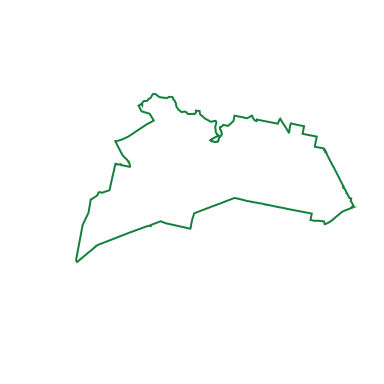 outline of Canning, Western Australia, Australia, rotated 56°
{"feature_id": "25037944B2496866637958", "entity_name": "Canning", "entity_type": "district", "adm_level": 2, "iso_a3": "AUS", "parent_name": "Australia", "parent_adm1": "Western Australia", "projection": "orthographic", "projection_center": [115.903, -32.049], "detail": "fine", "context": "isolated", "style": "outline", "palette": "green", "viewbox_px": 384, "rotation_deg": 56, "n_neighbors": 0, "source": "geoboundaries", "source_scale": "gbopen_adm2", "svg_char_len": 5772}
<svg xmlns="http://www.w3.org/2000/svg" viewBox="0 0 384 384"><g transform="rotate(56 192 192)"><path d="M215.9,57.6L215.6,57.8L205.6,67.8L200.1,62.3L196.8,65.6L193.8,68.5L193.5,68.7L190.4,71.7L190.9,72.4L191.7,73.3L192.8,74.4L195.5,76.9L196.8,78.0L197.0,78.3L197.7,78.6L194.1,78.4L193.9,78.3L192.6,78.3L184.2,78.1L182.1,78.0L180.6,77.8L180.6,78.2L180.8,78.7L181.0,79.0L183.3,82.7L168.9,97.1L168.5,97.5L168.2,97.7L169.3,98.9L167.7,99.9L166.9,100.1L166.3,100.1L165.6,100.1L162.1,99.7L161.9,102.9L161.8,103.8L161.8,104.3L161.8,104.7L161.5,105.2L161.1,105.7L160.9,105.9L160.1,106.7L158.7,107.8L155.0,111.6L152.5,114.1L155.8,117.4L156.4,118.0L157.4,125.1L153.8,128.6L154.2,129.6L154.3,130.6L154.3,131.1L154.3,131.3L154.0,131.9L154.0,132.3L153.9,132.6L154.3,132.7L154.9,133.0L155.4,133.5L155.6,133.6L155.8,133.6L156.0,133.6L156.5,133.6L157.2,133.8L157.4,133.7L157.9,133.8L158.6,134.0L159.1,134.2L159.5,134.3L159.6,134.5L159.8,134.6L160.3,134.6L160.6,134.9L160.9,135.0L161.1,135.4L161.3,135.6L161.4,136.1L161.5,136.8L161.7,137.0L161.9,137.3L162.0,138.2L162.2,138.7L162.3,139.4L162.4,139.6L162.5,139.7L163.7,140.9L163.9,141.3L164.0,141.4L164.3,141.4L164.6,141.8L164.5,142.2L164.5,142.5L164.7,142.8L164.5,143.1L164.1,143.6L163.9,143.8L163.8,144.2L163.6,144.4L163.6,144.7L163.5,145.1L163.1,145.5L162.7,145.7L162.5,145.8L162.3,145.8L162.2,146.0L161.4,146.5L160.9,146.7L160.7,146.9L160.7,147.1L160.9,147.4L159.3,148.0L159.2,147.7L159.2,145.9L159.4,145.3L159.4,144.9L159.4,143.5L159.9,140.7L159.9,140.3L160.1,138.7L159.9,138.2L159.5,138.2L158.1,139.1L157.6,139.1L157.1,138.7L156.9,138.7L155.8,138.9L155.1,138.6L154.8,138.3L154.4,138.0L152.2,137.0L151.7,136.6L151.0,136.3L150.1,135.4L148.9,133.7L148.6,133.5L148.0,133.1L147.6,132.9L147.2,132.7L146.8,132.6L146.4,132.6L146.0,132.9L145.8,133.3L145.6,133.9L145.3,134.5L145.0,135.9L144.8,136.2L144.0,137.3L142.9,137.9L142.6,138.0L142.2,138.1L140.1,139.3L139.1,139.7L138.4,140.2L137.8,140.3L137.2,140.5L134.6,141.0L133.0,141.8L132.8,141.8L132.0,141.7L131.3,141.5L130.1,141.0L129.6,140.7L129.3,140.5L129.1,140.4L129.0,140.5L128.4,141.4L128.2,141.6L127.7,142.0L126.8,143.1L126.7,143.3L126.8,143.4L128.1,144.1L128.5,144.7L128.8,145.6L128.7,146.4L128.5,146.6L127.9,147.0L127.8,147.7L127.6,148.3L127.1,148.6L127.0,148.9L126.8,149.1L125.5,151.2L125.2,151.6L124.9,151.8L122.9,152.0L122.6,152.3L122.4,152.5L122.0,152.7L121.7,152.6L121.4,152.8L121.1,153.3L120.7,154.2L120.1,155.5L119.9,155.8L119.5,156.1L119.1,156.3L117.9,156.5L117.0,157.0L116.7,157.1L116.2,157.2L115.2,157.1L113.2,157.2L112.0,157.0L111.5,156.8L111.2,156.7L110.3,156.1L109.6,155.8L108.4,155.7L107.4,155.4L106.7,155.3L106.2,155.3L104.8,155.7L104.4,155.6L103.8,155.2L103.3,155.1L102.7,155.1L102.4,155.2L101.8,155.7L101.5,156.2L100.7,157.1L100.6,157.5L100.2,158.4L100.2,159.8L99.9,160.6L99.7,161.0L99.4,161.3L98.6,161.8L98.0,162.9L97.6,163.3L96.8,164.0L96.3,164.6L95.6,165.5L94.9,166.0L94.2,166.3L91.3,167.2L90.7,167.4L90.0,167.9L89.5,168.4L89.3,168.8L89.2,169.2L89.1,169.6L89.2,170.2L89.4,170.8L89.6,171.3L89.9,171.8L90.4,172.6L90.6,173.1L90.8,173.7L90.7,174.1L90.7,174.8L90.7,176.0L90.8,176.5L91.0,176.9L91.2,177.5L91.2,178.3L91.0,178.9L90.8,179.4L90.1,180.3L89.8,181.0L89.8,181.4L89.9,182.5L90.1,183.0L90.4,183.4L90.8,183.8L91.2,184.1L92.2,184.6L92.4,184.8L91.9,184.8L91.7,184.8L91.1,185.0L90.7,184.9L90.6,185.8L90.6,188.0L96.9,188.7L103.4,183.4L111.3,183.7L111.2,185.8L111.2,186.7L111.0,188.0L110.7,190.1L110.6,191.6L110.5,201.2L110.5,211.3L110.4,213.9L110.3,214.8L109.8,218.0L109.4,220.1L108.6,223.2L107.8,225.5L107.3,226.8L107.0,226.8L106.9,227.1L111.8,227.8L120.3,228.8L122.4,228.9L123.6,228.9L124.5,228.7L125.7,228.5L128.4,227.9L129.2,227.8L130.1,227.8L130.9,227.8L131.6,227.9L131.6,227.5L132.9,227.8L133.7,228.0L134.5,228.3L136.0,229.1L136.4,229.4L136.2,229.7L130.5,235.2L130.4,235.6L130.0,235.7L129.8,235.8L129.4,235.7L129.0,235.6L128.3,237.3L127.9,237.9L127.6,238.3L127.1,238.8L126.9,238.6L125.8,239.7L126.1,240.0L130.9,245.1L139.4,254.2L144.1,259.0L144.3,260.0L143.1,263.9L142.4,266.8L141.7,267.5L140.7,268.4L140.5,268.6L140.3,269.0L140.1,269.6L141.8,272.3L141.9,273.3L141.8,280.1L141.7,280.2L151.3,289.4L152.4,291.2L158.0,300.8L158.4,301.4L158.8,301.7L159.1,302.0L183.0,325.6L183.4,325.9L183.7,326.1L184.1,326.3L184.5,326.4L185.8,326.4L184.3,312.1L183.3,301.6L183.1,301.6L183.1,300.8L183.2,300.3L183.3,299.4L184.1,295.8L184.3,295.0L188.2,277.7L188.5,276.3L190.8,266.2L191.2,264.6L191.8,262.3L192.2,260.7L195.3,248.2L195.5,247.5L195.8,246.8L196.0,246.3L196.4,245.8L196.6,245.8L197.2,245.3L196.3,244.4L196.7,243.0L198.8,234.2L200.5,233.2L202.0,232.1L202.7,231.6L204.0,230.5L221.5,213.9L220.7,212.9L218.3,210.7L215.1,207.4L210.9,202.0L215.1,183.9L217.3,174.8L220.5,160.9L220.7,160.4L220.9,160.0L221.2,159.5L221.6,159.2L226.2,154.9L231.1,150.6L231.3,150.1L233.4,148.1L233.7,148.1L233.8,147.7L234.6,146.9L235.4,146.2L236.6,144.7L238.9,142.6L239.7,141.6L241.9,139.3L242.4,139.2L243.7,137.9L244.4,137.2L244.2,137.1L248.4,133.1L249.3,132.3L251.5,130.1L252.2,129.5L253.1,128.5L254.0,127.7L254.6,126.9L259.0,122.7L264.4,117.3L266.6,115.1L276.7,104.9L276.8,104.8L279.9,107.8L280.4,108.4L281.4,109.4L281.9,108.9L283.1,107.8L283.3,107.7L284.0,107.0L284.3,106.5L285.1,105.6L285.6,104.6L286.5,103.3L290.2,99.0L292.8,100.0L293.2,98.9L293.6,97.0L293.8,94.6L293.8,92.5L293.4,88.1L293.1,86.3L292.8,82.8L292.6,81.0L292.4,79.5L292.5,78.2L292.5,77.3L292.8,75.7L293.7,71.9L294.9,66.5L293.8,67.6L293.6,66.6L293.4,65.8L288.5,65.3L288.3,65.5L286.4,63.6L285.1,64.9L279.8,64.2L279.4,64.6L278.9,64.1L274.0,63.6L273.3,64.3L272.3,63.3L271.8,63.8L271.2,63.2L250.7,60.7L250.2,60.8L236.8,59.2L234.8,58.8L234.5,58.6L234.0,59.1L233.5,58.6L233.0,59.1L232.2,58.4L231.7,58.9L231.2,58.4L230.7,58.9L230.1,58.3L229.6,58.4L223.1,64.9L218.8,60.6L215.9,57.6Z" fill="none" stroke="#15803d" stroke-width="2"/></g></svg>